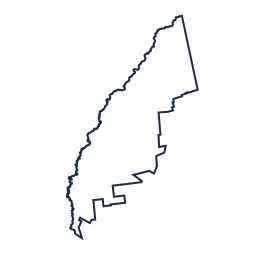 the district of Quebrachos, Santiago del Estero, Argentina, rotated 252°
{"feature_id": "61730980B41889863901757", "entity_name": "Quebrachos", "entity_type": "district", "adm_level": 2, "iso_a3": "ARG", "parent_name": "Argentina", "parent_adm1": "Santiago del Estero", "projection": "mercator", "projection_center": [-63.316, -29.355], "detail": "fine", "context": "isolated", "style": "outline", "palette": "slate", "viewbox_px": 256, "rotation_deg": 252, "n_neighbors": 0, "source": "geoboundaries", "source_scale": "gbopen_adm2", "svg_char_len": 5752}
<svg xmlns="http://www.w3.org/2000/svg" viewBox="0 0 256 256"><g transform="rotate(252 128 128)"><path d="M142.9,206.1L217.9,213.9L218.0,212.9L218.4,212.1L218.4,211.5L218.0,210.9L218.2,210.5L217.9,209.5L218.2,208.8L218.2,208.1L218.5,207.9L218.4,207.6L218.1,207.4L217.4,207.5L216.1,206.4L215.9,206.1L216.2,205.4L216.2,204.7L215.8,204.2L215.2,204.2L214.1,202.7L212.5,202.7L211.4,201.4L211.6,199.8L211.8,199.5L211.9,199.0L211.8,198.2L211.5,197.8L211.4,196.9L212.3,195.9L212.5,194.9L212.3,194.3L211.5,193.9L211.6,193.3L211.5,192.7L211.9,192.2L212.2,191.0L212.0,190.6L212.3,189.9L212.2,189.2L212.3,188.9L212.0,188.3L211.9,187.6L212.2,187.2L212.0,186.3L210.6,185.8L210.3,185.1L209.5,184.7L209.3,183.9L209.5,183.6L209.3,183.2L209.1,183.3L208.5,183.1L207.1,182.3L206.7,182.5L206.4,181.5L206.0,180.6L205.7,180.3L202.2,180.7L201.7,180.0L200.7,179.2L200.5,178.8L199.2,178.0L197.8,177.9L197.4,177.6L197.5,177.3L197.8,177.1L197.3,175.6L196.3,174.7L196.1,174.1L195.8,173.7L194.9,173.7L194.2,173.4L194.2,172.1L193.6,171.4L193.2,171.2L192.9,170.6L192.5,170.4L192.5,170.0L193.0,169.9L192.9,169.6L193.3,169.0L192.5,167.7L192.6,166.8L192.5,166.5L191.6,166.0L189.7,166.1L189.2,166.3L188.1,165.7L187.1,164.5L186.8,163.9L186.9,162.9L186.6,162.2L186.8,161.8L186.7,161.4L186.1,160.6L185.2,160.2L185.0,159.9L184.8,158.5L184.0,157.6L183.4,157.3L181.8,157.2L181.0,156.6L180.4,155.6L180.4,154.9L181.2,154.0L181.9,152.9L182.0,152.0L181.7,151.4L181.0,151.1L180.8,151.4L179.7,151.4L179.0,152.0L177.9,151.2L177.8,150.0L177.5,149.8L177.5,149.5L177.2,149.2L176.8,147.9L176.7,147.7L176.4,147.8L175.8,146.9L175.8,145.6L175.6,144.7L173.1,144.0L173.2,143.8L172.1,142.1L172.2,141.2L172.1,140.5L171.7,140.3L171.1,139.6L171.0,139.0L169.9,138.3L169.6,137.5L169.2,137.4L169.0,136.8L167.9,137.1L167.5,137.4L166.0,137.2L166.0,136.4L165.6,135.8L165.8,134.0L166.0,133.2L166.6,132.5L166.5,132.0L167.6,130.7L167.4,129.9L167.6,129.2L167.1,128.5L166.9,127.8L166.9,127.5L167.3,127.3L167.4,127.0L167.2,126.5L166.6,124.9L165.3,123.5L165.3,122.9L165.5,122.6L165.5,121.9L165.3,121.6L165.2,120.9L164.4,120.6L163.7,120.7L162.8,120.6L162.3,120.2L161.2,119.9L160.9,119.6L160.8,119.1L161.1,118.4L161.7,117.9L161.8,117.5L161.8,117.2L161.5,116.5L161.1,116.3L161.1,116.0L159.6,115.9L159.2,116.3L159.4,116.7L159.1,116.7L158.2,115.8L157.5,115.8L157.5,115.6L156.7,115.2L156.5,114.6L156.0,113.9L155.8,112.9L154.9,112.5L153.9,111.4L153.7,110.7L153.3,110.7L153.1,110.4L153.3,110.1L153.1,109.8L153.2,109.7L152.9,109.2L152.9,108.6L152.5,108.6L152.2,108.3L152.5,106.6L152.0,106.2L151.2,105.9L150.3,105.9L150.1,105.7L150.3,105.3L150.1,105.1L149.3,105.0L149.3,104.7L148.7,104.3L148.4,104.2L148.0,104.5L147.7,104.1L146.7,104.0L146.6,103.4L146.0,103.1L145.6,103.3L145.2,103.2L143.6,102.7L142.9,103.0L142.9,103.6L142.3,103.6L142.3,104.1L141.5,104.0L141.3,103.8L141.1,103.0L140.6,102.5L140.6,101.6L140.4,101.6L140.0,101.8L139.3,101.4L139.4,100.8L138.8,100.8L138.8,100.3L138.6,100.3L138.4,99.8L137.8,99.6L137.9,99.0L137.5,98.3L136.9,98.1L137.0,97.5L136.8,97.1L137.6,96.5L137.4,96.1L137.6,95.4L137.4,95.2L137.1,95.5L137.0,95.3L136.5,95.1L135.9,94.1L135.8,93.4L136.1,92.7L135.9,91.9L135.7,91.7L135.7,91.2L135.3,90.8L135.2,89.8L134.7,89.1L135.2,88.8L134.8,88.0L134.5,87.7L133.7,87.1L131.2,87.2L130.6,86.9L130.2,87.2L129.3,87.1L129.1,87.0L128.9,86.6L128.9,85.8L128.3,86.0L128.0,85.6L127.8,85.6L127.6,86.2L127.3,86.3L127.4,86.8L127.0,87.5L126.4,87.2L125.9,87.5L124.9,87.2L124.7,86.3L124.0,85.9L123.8,85.4L124.2,84.2L123.6,83.1L123.4,82.5L123.6,82.3L123.0,81.9L122.9,81.6L123.0,81.6L123.0,81.1L122.5,80.0L122.7,79.6L122.0,79.1L122.0,78.4L122.1,78.1L122.6,77.9L122.5,77.4L121.5,76.8L120.9,77.0L120.6,76.4L119.9,76.0L119.1,75.8L119.2,75.5L119.6,75.1L119.5,74.7L117.7,74.7L116.2,74.2L116.1,73.2L115.1,71.9L114.8,71.9L114.5,72.7L113.9,72.8L113.7,72.6L113.8,71.9L114.2,70.9L113.8,70.5L112.8,70.3L112.5,70.0L112.5,69.3L112.3,68.8L110.5,68.9L109.8,68.7L109.7,68.4L109.7,67.3L109.5,66.8L108.9,66.7L108.3,67.7L107.7,67.8L107.4,67.0L106.7,66.7L104.6,66.5L104.1,66.9L103.7,66.9L103.3,66.5L103.2,65.6L102.4,64.9L100.9,64.6L100.3,65.7L99.6,65.5L99.3,65.3L99.3,64.9L99.8,63.5L99.9,62.9L99.1,62.0L99.2,61.4L99.7,59.9L99.5,59.4L99.0,58.9L98.9,58.5L98.9,58.1L99.4,57.5L99.5,57.1L99.5,56.8L99.2,56.6L98.7,56.0L97.7,56.4L97.7,57.0L98.0,57.6L98.0,58.1L97.3,58.7L96.6,58.6L96.3,57.0L95.5,56.1L94.9,55.8L94.1,55.9L93.8,56.4L93.5,57.7L92.8,57.7L92.5,57.4L92.5,57.0L91.9,56.6L91.5,55.9L91.4,55.0L90.0,54.8L89.5,54.0L89.7,53.5L90.3,53.0L90.2,52.5L90.1,52.2L89.3,52.1L88.6,51.6L88.3,51.6L87.7,52.5L87.0,52.8L86.5,52.4L86.4,51.2L86.1,51.1L85.9,51.3L85.7,52.1L85.5,52.3L85.1,52.4L84.1,51.6L83.9,51.2L84.2,50.6L84.1,50.0L83.3,49.3L82.8,49.4L82.5,50.0L82.4,50.1L81.8,50.1L81.5,48.8L81.0,48.7L80.8,48.9L80.5,50.2L80.2,50.6L78.6,50.4L78.4,51.0L78.1,51.0L77.8,50.4L77.0,50.3L76.4,51.3L75.9,51.7L74.3,51.5L73.6,51.1L72.7,51.6L72.3,51.5L72.0,51.2L72.0,50.5L71.8,50.2L71.5,50.2L71.2,50.3L70.9,50.8L70.4,51.0L69.7,50.8L69.0,50.3L68.5,50.2L68.3,51.0L68.0,51.3L67.7,51.2L66.8,49.9L66.7,48.9L65.2,49.1L64.5,48.5L64.0,48.4L63.0,49.0L62.6,48.8L62.4,47.8L62.2,47.7L60.3,47.9L58.2,47.7L57.8,47.5L56.9,46.2L55.5,46.3L54.3,45.8L53.9,45.5L53.4,44.0L51.8,43.7L51.1,42.1L50.3,42.3L49.2,43.1L48.4,44.3L47.2,45.5L46.1,45.6L44.3,45.1L43.8,45.1L37.5,50.2L48.4,50.3L53.7,54.8L55.6,53.0L57.5,54.7L49.4,62.4L51.8,64.9L51.1,68.5L70.1,72.8L68.2,82.0L61.1,80.5L59.7,87.9L60.6,88.0L57.8,102.2L64.9,103.7L66.9,93.4L77.9,95.6L72.3,124.1L73.1,124.8L81.7,118.7L80.7,134.8L76.7,138.6L82.5,143.6L92.5,146.1L93.4,154.9L99.4,158.4L100.3,151.7L112.0,154.9L111.7,156.8L133.3,161.9L131.0,171.4L130.9,176.2L133.9,176.2L134.0,178.4L138.6,178.3L138.4,179.4L141.6,180.1L141.5,189.3L142.8,189.3L142.8,193.7L143.5,193.7L143.5,195.8L142.9,195.9L142.9,206.1Z" fill="none" stroke="#1e293b" stroke-width="2"/></g></svg>